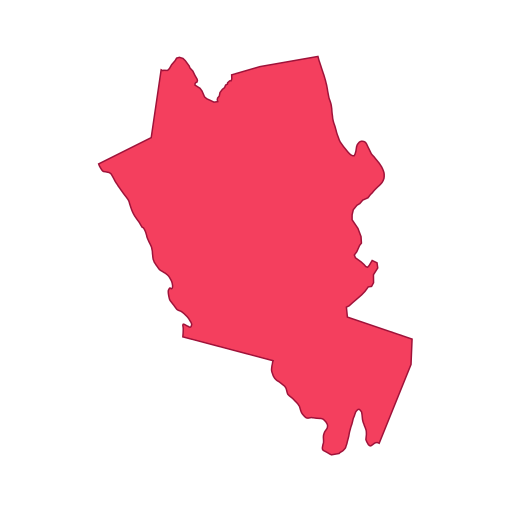 La Retraite, Laborie, Saint Lucia, rotated 352°
{"feature_id": "8701671B80994766223390", "entity_name": "La Retraite", "entity_type": "district", "adm_level": 2, "iso_a3": "LCA", "parent_name": "Saint Lucia", "parent_adm1": "Laborie", "projection": "equal_earth", "projection_center": [-60.966, 13.759], "detail": "fine", "context": "isolated", "style": "filled", "palette": "rose", "viewbox_px": 512, "rotation_deg": 352, "n_neighbors": 0, "source": "geoboundaries", "source_scale": "gbopen_adm2", "svg_char_len": 6109}
<svg xmlns="http://www.w3.org/2000/svg" viewBox="0 0 512 512"><g transform="rotate(352 256 256)"><path d="M113.0,142.9L113.4,144.8L113.9,146.2L115.0,148.8L115.6,149.9L116.2,150.7L117.2,151.3L118.3,151.5L119.4,151.9L120.7,152.4L121.7,152.7L122.7,153.3L123.5,154.1L123.9,154.5L124.4,155.6L125.8,159.2L126.9,162.4L127.9,164.6L128.7,166.1L129.3,167.6L129.9,168.7L130.7,170.2L131.3,171.5L131.9,172.6L132.7,174.1L133.4,175.5L134.5,177.5L135.4,179.0L136.2,180.5L137.0,182.0L137.5,183.2L137.9,184.6L138.1,186.4L138.8,190.4L139.3,192.9L139.7,194.5L140.3,196.5L140.7,197.6L141.4,199.4L143.0,202.6L143.9,204.3L144.6,205.5L145.3,207.0L145.8,208.3L146.5,210.0L147.2,211.6L148.5,212.5L149.3,214.5L149.8,216.1L150.1,217.4L150.4,219.4L150.6,220.7L150.6,221.7L150.9,223.1L151.2,224.3L151.5,225.3L152.0,227.1L152.5,228.5L153.0,230.0L153.5,231.7L153.8,232.9L153.9,234.9L154.0,236.2L154.0,237.2L153.8,239.4L153.8,240.7L153.7,242.5L153.7,244.8L154.5,248.3L155.1,249.3L155.6,250.6L156.9,253.0L157.8,254.8L158.5,256.0L159.5,257.0L160.8,258.0L162.0,259.0L162.8,259.7L163.9,260.5L165.0,261.7L165.7,262.4L166.7,263.8L167.4,265.2L167.7,266.0L168.2,267.3L168.6,268.4L168.9,269.3L169.2,271.0L169.2,271.4L169.3,273.6L169.2,274.4L169.0,275.2L168.6,276.1L168.3,276.4L168.0,276.6L167.5,276.6L167.0,276.2L166.4,275.7L165.8,276.0L165.2,276.7L164.5,277.7L164.3,278.2L164.1,279.3L164.0,280.7L164.0,282.3L164.1,284.3L164.3,286.5L164.5,287.4L164.8,288.2L165.4,289.3L166.1,290.5L166.6,291.4L167.3,292.6L167.7,293.2L168.5,294.8L169.0,295.7L169.7,297.0L170.2,297.8L170.8,298.4L171.8,299.1L173.9,300.2L174.5,300.8L175.0,301.2L175.4,301.6L176.4,302.7L176.8,303.1L177.7,304.3L179.4,306.5L180.3,308.0L180.8,309.0L181.7,311.1L182.1,312.0L182.4,312.6L182.6,313.4L182.8,314.4L182.8,314.9L182.2,316.3L181.6,317.1L180.8,317.4L180.1,317.1L179.0,316.2L177.8,315.5L176.7,314.6L175.6,313.8L174.8,313.4L174.3,313.5L173.9,314.4L173.9,317.2L173.7,318.7L173.5,320.0L173.1,322.2L172.3,325.9L258.4,362.1L257.8,363.2L257.6,363.8L257.0,365.7L256.6,366.7L256.0,368.8L255.6,370.5L255.5,371.5L255.6,373.1L255.8,374.0L256.1,375.5L256.3,376.7L256.6,377.6L257.0,378.6L257.5,379.7L258.1,380.6L259.2,382.0L260.2,382.9L260.6,383.1L262.0,384.4L263.6,386.1L265.3,387.9L265.9,388.5L266.5,389.3L266.7,389.8L267.1,390.7L267.4,391.5L267.5,392.3L267.9,395.8L268.2,397.2L268.8,398.1L269.4,398.9L270.4,400.0L271.5,401.1L272.8,402.6L273.5,403.6L274.4,404.9L275.4,406.2L276.1,407.2L276.9,408.4L277.4,409.5L278.1,410.9L278.2,411.6L278.5,413.4L278.6,414.3L278.9,416.0L279.3,417.5L279.9,418.8L280.5,419.8L281.5,421.3L282.1,422.1L283.2,423.2L284.1,423.6L285.1,423.8L287.3,423.7L288.6,423.7L289.7,424.1L290.4,424.2L291.7,424.6L292.7,424.9L293.5,425.1L296.3,425.7L297.2,425.8L298.4,426.2L299.3,426.6L300.3,427.5L301.4,429.0L302.0,429.8L302.4,430.7L302.9,431.8L303.2,432.9L303.3,433.6L303.1,434.8L302.7,436.0L302.3,436.7L301.0,438.1L300.4,438.7L299.4,439.9L298.7,441.2L298.2,442.2L297.8,443.3L297.5,444.8L297.3,447.1L297.2,448.3L297.0,449.5L296.8,450.5L296.4,451.3L296.0,452.2L295.6,453.4L295.1,454.8L294.9,456.2L295.1,457.2L295.9,458.1L297.3,459.1L298.8,460.2L300.2,461.3L301.8,462.6L303.1,463.4L310.9,463.1L311.8,462.3L312.8,461.9L313.8,461.5L315.2,460.8L316.9,459.4L317.7,458.7L318.2,457.9L318.5,457.2L319.9,454.4L320.7,452.3L321.9,449.5L322.8,447.3L323.5,445.1L324.2,443.1L325.2,440.8L326.2,438.4L327.5,435.9L328.5,433.5L329.7,430.4L331.1,428.1L331.8,426.6L332.6,425.1L333.1,424.2L333.7,423.6L334.4,423.0L334.9,422.6L335.6,422.2L336.5,422.1L337.0,422.3L337.7,423.1L338.8,425.0L338.9,426.5L338.9,428.3L338.7,432.8L338.9,435.0L339.1,436.1L339.5,437.7L339.7,439.0L340.2,440.9L340.5,442.3L340.7,443.2L340.8,444.1L340.8,445.3L340.6,447.2L340.4,448.6L340.2,449.3L339.4,452.5L339.3,453.0L339.4,453.7L339.6,454.5L339.9,455.6L340.2,456.3L340.7,457.6L341.0,458.4L341.7,459.2L342.4,459.8L343.1,460.0L343.5,459.9L344.2,459.6L345.5,458.9L346.9,458.1L347.9,457.7L348.9,457.5L349.7,457.6L350.7,457.8L351.5,458.3L351.9,458.6L394.4,385.0L399.0,360.0L338.0,329.2L338.4,319.2L341.3,318.3L345.1,315.7L355.2,309.2L359.0,306.2L362.9,302.2L366.2,302.2L368.7,298.8L369.7,290.9L374.9,284.8L374.9,279.6L370.4,276.6L366.8,281.1L364.9,282.7L363.2,281.7L361.8,279.5L359.3,276.5L354.2,271.6L353.5,268.7L356.4,265.8L360.1,259.9L362.2,257.9L362.7,251.4L360.8,242.9L358.6,238.4L356.2,233.5L356.9,228.6L358.8,223.7L363.0,219.8L366.1,218.5L369.5,215.5L375.1,213.9L375.4,213.4L375.9,213.1L377.0,211.9L378.4,210.7L379.7,209.8L380.9,208.7L382.3,207.4L384.8,205.5L386.6,204.2L388.0,203.3L389.9,201.8L391.1,200.7L392.4,199.0L393.5,197.0L394.0,195.1L394.3,192.8L394.3,191.3L394.0,189.4L393.5,187.4L392.8,185.2L390.9,181.2L389.5,178.9L387.9,176.3L386.7,174.2L385.3,172.3L384.4,170.8L383.6,168.3L382.7,165.5L382.2,164.1L381.1,160.5L380.5,159.2L379.8,158.3L378.7,157.6L377.8,157.3L376.7,157.0L375.1,157.2L373.9,157.8L373.5,158.2L372.5,159.1L371.7,160.0L370.8,161.8L370.2,163.8L369.5,166.1L368.8,167.7L368.3,168.8L367.6,169.8L367.1,170.4L366.4,170.3L365.5,170.1L364.3,169.3L363.2,168.2L362.3,167.0L361.4,165.7L360.5,164.2L359.8,163.0L357.9,159.9L355.2,154.7L354.5,152.4L354.2,150.7L353.4,147.2L353.0,144.9L352.8,142.8L352.5,140.7L352.3,139.0L351.9,136.9L351.5,134.9L351.2,132.4L351.1,130.3L351.2,128.4L351.2,127.3L351.2,125.5L351.3,123.3L351.5,120.7L351.5,119.3L351.5,117.2L351.3,115.1L350.9,112.8L350.3,110.0L350.2,108.5L350.1,106.6L350.0,104.6L349.9,102.7L349.9,100.8L349.8,98.7L349.7,96.4L349.5,94.9L349.3,92.8L349.2,91.7L348.4,86.3L347.9,83.8L347.6,82.1L347.2,80.0L346.6,76.5L346.3,74.9L346.0,73.2L345.6,71.1L345.4,69.5L345.2,67.7L345.1,67.0L286.3,69.0L257.1,73.2L256.7,77.2L255.8,79.0L254.3,78.9L252.0,80.5L251.7,81.8L249.7,82.5L248.3,84.9L245.9,86.3L243.1,89.1L241.9,92.5L240.0,94.2L239.4,95.8L239.6,97.8L235.8,97.8L232.8,95.8L231.4,94.9L229.2,93.5L227.2,91.3L225.5,85.1L223.9,82.1L222.7,81.1L219.4,78.3L219.6,76.9L220.5,75.8L221.5,75.8L222.4,74.3L222.3,72.7L220.6,68.5L219.2,64.1L216.7,60.5L216.3,58.6L213.2,52.8L211.2,50.2L207.8,48.6L204.9,49.0L203.2,51.2L200.6,53.5L199.1,54.8L196.4,58.3L194.3,59.9L191.6,59.5L190.6,59.2L189.5,59.5L188.0,58.4L168.7,124.2L113.0,142.9Z" fill="#f43f5e" stroke="#9f1239" stroke-width="1.5"/></g></svg>